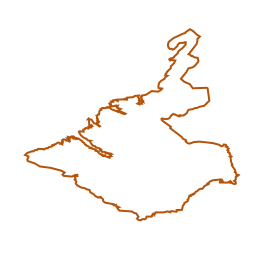 Osterøy nor, Hordaland, Norway, rotated 355°
{"feature_id": "86288312B51144520840876", "entity_name": "Osterøy nor", "entity_type": "district", "adm_level": 2, "iso_a3": "NOR", "parent_name": "Norway", "parent_adm1": "Hordaland", "projection": "equal_earth", "projection_center": [5.572, 60.569], "detail": "fine", "context": "isolated", "style": "outline", "palette": "amber", "viewbox_px": 256, "rotation_deg": 355, "n_neighbors": 0, "source": "geoboundaries", "source_scale": "gbopen_adm2", "svg_char_len": 5897}
<svg xmlns="http://www.w3.org/2000/svg" viewBox="0 0 256 256"><g transform="rotate(355 128 128)"><path d="M207.6,43.2L204.7,41.0L201.4,37.2L198.3,35.0L193.6,37.7L193.2,38.5L191.4,38.7L181.2,42.4L176.1,45.7L175.2,47.8L175.0,49.8L175.5,51.6L176.6,52.9L178.5,52.9L179.3,53.8L181.0,53.3L184.4,50.6L184.8,49.4L186.6,47.9L191.2,47.9L191.7,47.5L192.5,47.6L192.0,48.2L192.9,48.7L192.5,50.2L189.1,53.3L185.6,55.4L184.2,57.1L184.2,57.8L180.2,60.9L180.0,61.7L175.4,62.8L175.1,63.3L175.9,64.4L177.0,64.0L181.0,64.9L179.5,67.5L176.1,70.3L175.8,72.2L171.7,75.4L171.1,76.9L170.3,77.2L169.7,78.8L171.7,79.5L169.9,80.4L168.7,82.1L165.1,83.9L163.0,85.7L161.8,89.3L162.0,90.9L165.4,91.7L164.5,92.8L161.1,94.4L154.8,93.3L149.0,96.4L144.3,97.0L143.9,97.8L144.5,97.9L143.5,99.9L144.5,100.6L144.0,101.6L145.4,102.3L145.1,102.7L145.4,103.4L143.3,102.4L144.0,105.0L142.6,104.8L141.7,105.6L139.5,104.5L141.1,103.5L141.7,102.4L141.2,101.3L141.6,99.7L140.8,98.4L141.7,96.6L137.3,96.7L136.1,97.7L129.9,97.7L129.9,98.2L128.1,98.5L130.1,100.1L128.3,99.4L124.3,99.0L119.9,98.8L120.1,100.2L119.2,99.8L119.3,98.8L115.5,99.2L115.7,100.3L114.2,100.1L114.5,100.7L112.1,101.0L112.7,101.2L112.4,101.7L113.0,101.7L112.9,102.4L111.7,102.4L112.5,104.3L113.1,104.1L113.0,104.8L113.6,105.1L118.0,104.6L118.0,105.1L119.9,104.9L118.8,106.8L122.3,108.4L120.4,109.3L120.3,110.0L126.8,113.5L126.1,113.9L123.9,113.2L120.1,110.8L119.8,111.1L120.3,111.5L119.7,111.3L118.7,110.6L119.4,110.5L119.1,109.9L117.5,110.0L112.9,107.7L111.2,105.6L109.5,105.4L109.5,106.1L107.7,105.9L107.1,106.3L104.2,105.8L104.2,106.3L102.4,106.8L102.8,107.6L101.7,107.9L100.9,109.1L100.4,111.8L99.4,111.8L98.5,113.1L97.9,113.1L98.3,113.8L97.8,116.0L98.8,116.5L98.3,117.4L99.3,118.7L98.4,118.7L99.0,119.7L97.7,119.9L98.1,120.9L97.3,121.1L100.2,123.8L99.8,124.0L96.4,121.0L94.5,120.3L92.4,116.5L90.4,116.0L89.6,115.1L88.9,115.8L89.5,115.8L89.5,116.5L88.9,116.8L89.4,116.8L89.8,117.8L89.6,121.6L91.6,122.3L92.0,122.0L92.5,123.0L91.7,123.0L91.6,123.7L90.8,123.3L90.9,123.0L89.0,123.4L89.6,124.0L89.0,123.9L88.6,125.1L86.3,124.3L85.1,124.7L84.8,125.5L83.3,125.7L83.5,127.7L79.1,127.1L78.7,127.6L80.2,130.9L82.4,133.3L85.6,135.2L87.0,136.8L89.3,137.5L88.6,137.7L90.9,142.0L93.7,143.4L94.1,144.3L97.9,145.9L98.7,146.6L98.3,147.2L98.8,147.2L98.5,147.7L99.1,147.8L98.8,148.1L99.4,148.1L100.0,149.5L102.2,149.7L104.8,150.8L104.4,151.1L108.7,152.0L109.2,152.4L107.1,152.4L108.7,153.3L108.6,154.1L107.7,154.4L108.5,154.8L107.1,155.2L106.9,156.0L102.5,153.8L101.3,153.8L101.7,153.4L100.8,153.6L100.3,152.4L99.4,152.5L99.4,152.0L97.1,150.9L95.3,148.2L94.4,148.2L94.2,147.3L93.6,147.5L93.6,146.6L89.9,145.2L90.0,144.5L88.2,144.5L88.4,144.1L86.7,142.7L84.9,141.8L84.9,141.2L83.5,140.5L83.2,139.1L81.6,138.2L81.5,137.4L78.1,134.4L76.6,134.0L76.6,134.5L75.4,134.5L75.5,133.5L73.4,133.8L74.0,133.6L73.8,132.4L73.2,132.4L73.0,131.6L71.5,131.5L72.0,133.2L70.3,132.0L68.9,132.2L67.4,131.6L67.5,133.1L69.1,133.4L69.0,133.9L67.0,133.3L67.3,133.7L66.7,133.6L66.5,134.7L68.8,136.0L69.3,136.9L66.8,135.2L65.2,135.1L64.6,134.3L62.9,133.6L61.4,134.4L61.9,135.7L61.0,135.9L60.8,136.9L61.4,137.3L60.6,137.8L61.2,137.8L61.1,138.6L57.8,136.5L56.3,136.6L54.2,138.0L53.3,137.9L53.0,138.6L51.2,138.4L51.1,139.6L47.4,140.2L46.4,141.2L45.1,140.9L42.9,141.9L41.9,141.2L42.8,142.3L41.2,141.5L36.5,141.0L35.9,141.8L33.1,142.0L31.7,143.1L30.5,142.8L25.4,144.1L23.1,145.9L25.9,147.3L26.4,148.2L24.9,150.6L25.3,152.2L31.9,155.1L36.8,158.6L47.6,161.0L57.9,164.7L61.0,166.8L58.7,168.8L59.8,170.1L68.0,171.5L71.2,170.2L73.4,170.2L73.5,171.4L72.5,171.4L70.7,172.4L71.3,174.2L70.4,174.8L71.9,176.7L71.1,178.8L72.5,180.8L76.1,183.2L79.8,184.2L81.2,185.4L84.3,186.4L84.9,188.8L88.5,191.4L89.4,192.9L92.0,194.5L93.7,194.4L93.4,194.7L94.6,194.8L96.4,196.1L96.9,197.0L96.9,198.7L98.7,200.4L106.5,202.5L106.2,202.8L107.3,203.9L109.2,203.6L109.0,204.4L112.0,206.1L110.2,206.5L112.1,209.5L124.6,211.5L126.6,213.1L128.8,213.9L130.7,217.3L129.4,218.4L129.3,219.6L131.1,220.8L132.9,221.0L134.3,220.0L136.6,220.4L138.1,219.7L138.8,217.9L143.5,218.3L144.8,217.6L145.0,217.0L144.4,217.0L145.4,215.6L146.6,215.5L146.8,216.0L146.9,215.5L147.7,215.5L148.1,214.5L156.2,215.2L160.3,214.5L162.9,215.7L163.5,214.7L164.4,214.7L169.0,215.6L170.0,214.3L170.6,214.3L170.3,214.0L174.7,214.2L175.9,210.2L177.2,208.9L177.6,207.6L181.0,206.2L181.1,204.7L181.7,204.7L183.0,201.3L184.9,201.0L184.9,200.5L186.1,200.2L185.5,200.0L188.8,198.7L189.9,197.4L191.3,197.1L192.8,195.7L194.9,194.9L197.0,195.0L199.2,192.4L203.4,190.9L203.4,190.4L202.4,190.5L202.8,190.4L202.5,190.1L204.0,189.6L204.7,188.5L208.0,187.5L215.9,187.3L216.9,187.6L217.6,189.0L215.1,189.3L214.8,190.3L222.6,191.1L224.7,190.1L224.5,191.1L224.9,191.5L225.5,191.6L226.1,190.8L227.5,192.4L229.2,193.2L230.5,192.8L230.6,191.1L229.1,190.0L230.9,188.7L231.1,186.1L232.9,185.2L232.1,185.0L232.1,184.3L232.7,184.1L231.9,183.9L231.4,181.4L230.6,181.2L231.1,180.2L230.9,179.0L228.8,175.5L228.8,174.0L228.2,174.0L228.4,172.5L227.9,171.3L227.5,166.2L228.3,165.7L227.6,165.3L228.2,165.2L227.5,164.5L227.6,163.1L226.9,162.6L227.0,161.6L225.6,160.8L226.1,159.5L225.1,158.8L226.1,157.6L225.5,157.6L225.6,155.9L224.5,155.4L225.1,155.2L223.9,154.2L224.0,153.3L222.0,152.8L220.9,154.1L219.2,154.3L217.4,152.7L211.1,150.4L197.9,147.8L192.2,147.8L188.2,148.9L186.3,148.4L184.3,146.5L184.8,145.3L181.8,143.5L180.6,141.5L169.9,131.7L170.8,130.5L164.1,124.8L162.4,123.1L162.1,121.9L162.7,121.5L166.1,122.4L168.7,122.3L170.2,121.8L172.0,119.4L174.3,117.9L180.1,120.9L180.7,120.7L180.6,119.9L184.5,120.4L188.1,118.1L189.2,115.8L190.2,115.1L193.9,114.9L196.5,114.0L198.3,114.1L201.0,113.1L205.9,112.5L211.4,107.9L210.8,95.5L210.0,94.8L196.0,94.1L193.4,89.7L188.1,86.9L185.0,83.6L191.1,77.3L193.3,73.9L198.0,73.1L200.1,71.8L203.5,68.4L204.1,67.2L203.5,64.2L200.0,63.3L198.5,61.8L197.4,61.8L196.3,60.4L194.8,59.9L203.6,50.4L204.5,48.2L205.0,45.2L207.6,43.2Z" fill="none" stroke="#b45309" stroke-width="2"/></g></svg>